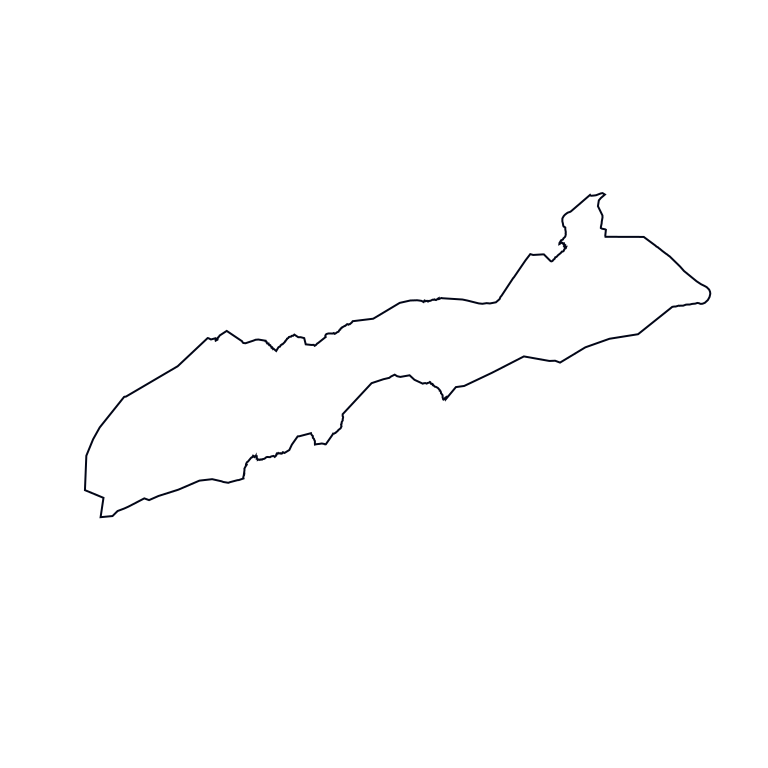 Os nor, Hedmark, Norway, rotated 312°
{"feature_id": "86288312B77863424793957", "entity_name": "Os nor", "entity_type": "district", "adm_level": 2, "iso_a3": "NOR", "parent_name": "Norway", "parent_adm1": "Hedmark", "projection": "natural_earth1", "projection_center": [11.302, 62.415], "detail": "fine", "context": "isolated", "style": "outline", "palette": "ink", "viewbox_px": 768, "rotation_deg": 312, "n_neighbors": 0, "source": "geoboundaries", "source_scale": "gbopen_adm2", "svg_char_len": 6117}
<svg xmlns="http://www.w3.org/2000/svg" viewBox="0 0 768 768"><g transform="rotate(312 384 384)"><path d="M591.0,539.5L634.2,546.6L635.5,547.6L636.7,548.9L639.6,550.7L639.9,551.4L640.5,551.8L642.4,553.9L645.2,555.4L647.6,558.0L649.7,559.4L652.1,561.6L653.9,562.6L654.8,564.0L655.1,565.0L655.5,565.8L656.8,567.0L659.0,568.1L663.1,568.5L666.5,567.7L669.4,566.1L670.7,564.6L671.7,562.5L671.9,559.0L671.3,556.4L670.3,552.9L669.5,547.6L668.7,531.4L669.4,525.5L670.0,510.8L669.8,509.8L669.7,507.5L669.5,506.4L669.1,501.7L669.0,498.7L668.8,497.0L668.9,496.3L668.4,494.3L668.5,493.4L667.1,478.6L641.6,450.1L642.4,449.1L647.1,445.7L646.9,444.8L645.3,442.1L645.0,440.8L645.8,440.1L648.8,438.4L650.5,437.1L653.9,435.0L655.4,433.6L659.3,424.0L664.2,420.8L667.3,420.7L672.6,421.4L672.1,418.7L670.7,417.6L666.2,415.3L665.0,414.3L662.7,412.2L662.2,411.3L662.4,410.6L637.4,407.4L636.4,407.1L634.3,405.9L633.1,405.6L630.9,405.2L629.0,405.2L626.4,405.8L624.2,407.7L623.1,409.4L621.5,411.4L621.2,412.3L621.5,412.8L621.6,414.0L620.2,415.3L618.5,417.5L617.5,418.1L617.1,418.8L615.2,419.9L614.2,420.1L612.2,419.9L611.2,420.3L609.0,419.4L608.3,419.7L606.3,420.0L605.3,420.7L605.8,420.9L606.2,420.8L607.0,421.2L608.1,421.5L608.3,422.3L608.1,422.8L608.8,423.4L608.5,423.6L608.7,423.9L608.4,424.3L608.0,424.4L608.1,424.8L608.5,425.0L608.5,425.7L606.8,425.6L606.6,426.4L606.9,426.9L607.6,427.5L606.3,427.7L606.9,428.1L606.7,428.2L606.4,428.2L605.8,427.7L602.8,428.5L601.7,428.0L601.4,427.6L599.6,427.7L595.8,427.1L594.6,427.2L593.5,427.0L592.8,426.5L591.3,427.0L590.6,427.0L590.0,426.7L588.5,426.9L587.7,426.7L587.1,426.3L586.8,425.6L587.3,416.1L586.5,415.2L579.7,408.5L578.4,405.8L570.7,406.4L549.9,409.2L549.3,409.1L528.2,412.3L526.6,412.3L524.4,413.1L519.6,412.5L514.7,408.8L512.8,406.2L509.5,403.5L507.3,400.5L501.9,390.3L499.3,385.8L486.8,370.0L486.5,369.3L485.3,368.6L483.9,368.0L483.9,367.7L484.2,367.4L483.5,367.3L483.6,367.0L481.2,366.5L480.7,365.7L480.8,365.1L480.6,364.8L479.8,364.6L479.5,364.0L479.0,363.6L478.0,363.3L476.6,362.6L476.3,362.2L475.1,361.7L475.3,361.4L474.6,360.9L474.6,360.3L473.2,359.4L473.3,358.3L473.0,358.2L471.4,358.6L470.9,356.3L469.8,354.6L468.4,352.6L463.7,347.7L454.8,341.4L425.3,332.3L409.7,318.7L408.3,318.9L405.7,318.6L405.6,318.4L404.2,317.8L404.2,317.0L403.6,316.5L402.8,316.4L401.8,316.4L401.1,316.2L400.9,315.9L399.4,315.5L398.0,314.9L397.0,315.1L396.5,314.7L395.9,314.7L395.1,315.1L394.0,314.8L392.5,315.2L390.7,314.4L389.7,314.3L388.5,313.9L388.1,313.6L388.3,312.6L387.1,312.0L384.4,308.9L382.8,307.9L381.8,307.7L380.4,308.2L380.0,308.7L379.9,309.2L370.3,307.6L369.5,307.3L367.5,307.3L366.0,306.9L366.1,305.6L364.5,304.0L361.1,299.3L364.7,294.0L363.0,290.7L361.4,289.0L360.7,284.3L359.0,284.2L358.6,283.8L358.5,283.5L358.0,283.2L356.9,283.2L356.6,282.8L355.3,281.9L354.1,282.1L352.8,281.6L352.3,281.9L350.9,281.9L350.2,282.1L349.4,281.9L349.0,282.2L345.6,282.0L345.4,281.7L343.6,281.3L342.3,281.7L341.4,281.2L340.6,281.0L336.4,281.8L336.3,278.2L335.9,278.1L336.1,277.8L335.8,277.4L335.8,276.8L336.1,276.8L336.3,276.5L336.2,276.4L336.5,276.3L336.4,276.3L336.4,275.9L336.0,275.7L336.3,275.1L336.2,274.4L336.5,273.8L336.7,273.6L336.7,273.3L336.5,272.8L336.2,272.6L336.4,272.3L336.2,271.7L336.4,271.2L336.8,271.0L336.5,270.4L336.0,270.0L336.2,269.4L336.2,269.2L336.8,268.4L336.7,267.6L336.5,267.4L336.7,267.1L336.7,266.8L336.5,266.7L336.4,266.4L336.5,266.4L333.0,260.9L331.0,259.0L328.8,257.9L321.6,253.8L320.4,252.1L320.3,251.3L320.8,249.9L318.2,231.6L310.0,229.4L308.9,229.7L307.2,229.5L306.9,229.8L305.5,230.6L303.6,229.9L303.8,229.6L304.7,228.7L305.3,228.7L305.3,228.2L301.3,225.6L300.6,223.0L300.1,222.2L259.2,218.8L202.1,200.7L201.6,200.4L201.2,199.9L200.5,199.5L161.5,201.8L148.3,204.8L131.5,210.8L105.0,232.8L111.7,251.7L95.4,262.5L104.2,270.6L111.3,271.0L117.7,274.3L121.8,276.1L138.6,282.4L140.5,287.1L150.0,291.4L167.9,301.9L188.7,311.5L198.3,320.0L203.0,328.4L203.7,330.2L206.4,334.4L208.1,335.3L214.4,339.4L215.5,340.4L219.8,342.8L220.4,341.9L222.3,340.9L222.6,341.0L223.2,340.6L222.9,340.5L226.7,337.9L227.7,336.9L230.4,336.2L231.6,336.1L232.0,336.0L231.7,335.4L232.1,335.1L234.1,334.5L235.3,334.8L240.0,334.6L240.8,334.7L241.4,335.1L242.3,334.9L242.5,335.2L243.2,334.8L243.4,335.3L242.8,335.9L243.0,336.3L243.0,336.7L244.2,337.0L244.6,336.9L244.5,337.0L245.0,337.3L245.2,337.7L244.9,337.9L244.5,338.5L243.2,339.4L243.6,340.2L243.7,340.6L243.2,341.0L243.9,341.3L244.0,341.7L244.8,342.3L244.7,342.6L245.4,342.9L245.7,343.1L245.7,343.4L246.1,343.6L246.3,344.0L247.0,344.1L248.2,345.0L249.1,345.3L250.7,345.5L251.6,346.0L253.4,348.3L254.6,348.6L256.6,350.0L256.7,351.6L258.1,351.5L258.6,351.8L259.7,351.3L259.7,351.1L260.8,350.8L261.2,351.2L261.0,351.4L261.0,351.6L261.4,351.8L261.9,351.7L261.9,352.0L262.3,352.3L262.3,352.6L263.2,353.3L263.1,353.7L263.8,354.6L264.6,354.8L265.0,354.4L265.7,354.5L266.2,356.2L271.6,357.8L277.3,356.1L287.3,354.9L288.6,356.1L298.5,362.6L298.3,362.8L297.7,364.7L297.7,366.0L296.7,366.8L296.4,367.2L296.4,368.5L295.5,370.2L295.4,370.8L293.8,372.2L292.8,373.2L294.3,374.3L296.2,376.0L298.2,377.6L299.7,380.1L299.7,380.6L300.3,381.1L311.0,379.8L313.1,379.4L313.2,379.7L313.7,380.1L314.5,380.3L315.2,380.7L316.5,380.7L317.6,381.0L319.3,380.9L322.1,381.4L323.1,381.0L323.9,380.9L324.2,380.3L324.6,380.1L325.3,379.5L325.2,379.2L325.3,379.1L326.4,378.9L327.3,378.1L329.3,377.7L330.0,377.1L330.2,376.8L331.5,376.2L332.2,375.6L332.5,374.7L333.9,373.5L376.3,374.2L387.2,380.4L392.1,383.8L394.3,384.2L398.1,385.7L398.6,388.6L400.2,391.4L407.6,397.2L407.5,403.8L410.2,412.6L411.1,413.0L412.4,414.2L412.9,415.5L413.9,415.7L415.1,416.6L416.2,416.7L416.3,417.2L415.6,419.0L416.5,419.9L416.4,420.5L415.8,421.1L416.2,421.5L416.0,423.4L416.6,424.5L417.1,426.6L416.9,428.5L416.9,429.2L416.3,429.9L416.6,430.4L416.3,431.2L416.0,431.8L415.3,432.5L415.3,433.0L415.0,434.2L414.9,435.0L413.1,436.7L412.8,437.5L412.3,438.1L412.4,438.3L412.2,438.7L412.4,438.9L413.5,439.0L414.7,438.7L415.8,439.0L414.5,440.1L429.8,439.5L436.2,444.9L464.5,456.7L498.1,469.5L511.8,491.5L515.8,495.6L517.7,500.5L546.0,509.1L568.5,521.3L591.0,539.5Z" fill="none" stroke="#020617" stroke-width="2"/></g></svg>